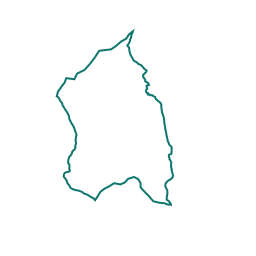 Mayo-Dallah, Mayo-Kebbi Ouest, Chad (Mercator projection), rotated 215°
{"feature_id": "50815135B58245995276010", "entity_name": "Mayo-Dallah", "entity_type": "district", "adm_level": 2, "iso_a3": "TCD", "parent_name": "Chad", "parent_adm1": "Mayo-Kebbi Ouest", "projection": "mercator", "projection_center": [14.882, 9.1], "detail": "fine", "context": "isolated", "style": "outline", "palette": "teal", "viewbox_px": 256, "rotation_deg": 215, "n_neighbors": 0, "source": "geoboundaries", "source_scale": "gbopen_adm2", "svg_char_len": 4279}
<svg xmlns="http://www.w3.org/2000/svg" viewBox="0 0 256 256"><g transform="rotate(215 128 128)"><path d="M207.2,133.4L206.0,129.1L206.2,123.2L206.2,117.5L204.5,113.0L203.3,113.3L203.2,113.3L201.7,112.8L200.7,112.4L199.9,111.8L199.7,111.7L198.8,111.3L198.4,111.1L197.6,110.9L197.3,110.8L197.1,110.8L196.7,110.7L195.8,110.2L195.7,110.2L194.9,109.2L193.3,108.6L192.5,108.2L191.4,107.7L189.1,106.7L187.3,106.1L185.7,105.3L184.1,104.6L180.7,101.4L180.3,101.2L176.5,99.3L175.4,98.8L172.2,97.3L168.2,94.3L166.9,93.3L166.2,92.8L165.8,91.7L165.7,91.3L165.3,90.7L165.0,90.2L163.9,87.8L162.7,86.7L161.6,85.3L161.4,84.4L161.3,84.1L161.2,83.7L161.1,83.2L160.1,82.1L159.7,81.6L159.6,80.6L159.5,79.6L159.7,78.8L159.8,78.2L160.0,77.6L160.0,77.0L160.0,76.3L159.6,75.7L159.4,75.1L159.4,74.6L159.2,73.6L159.3,72.3L159.5,70.3L158.9,68.5L158.5,67.5L157.6,66.1L157.1,65.1L155.4,64.5L154.2,63.4L153.1,61.5L152.5,60.7L151.6,60.2L151.3,60.0L151.1,59.4L151.4,58.6L151.5,58.0L152.8,56.9L153.2,56.3L153.9,55.4L153.9,54.9L154.0,54.5L154.0,54.0L154.0,53.9L153.8,53.2L153.6,52.7L152.8,51.5L152.2,51.0L150.7,50.7L150.0,50.5L149.5,50.3L147.3,49.3L146.8,48.7L146.2,48.1L143.5,47.4L143.0,47.3L142.3,46.8L140.8,46.0L138.5,46.2L138.2,46.2L137.5,46.4L135.0,47.2L133.9,47.7L132.8,48.3L131.1,48.7L129.0,49.3L128.7,49.3L126.6,49.1L126.2,49.1L122.9,50.1L121.3,50.1L119.6,50.1L116.5,50.6L116.1,50.7L113.6,49.9L113.6,54.1L114.0,59.9L112.5,64.6L110.0,69.4L107.7,74.8L101.9,77.4L99.5,81.2L98.7,86.5L95.0,91.3L90.4,92.0L86.2,90.1L83.5,86.6L79.1,85.5L72.4,84.3L65.2,82.5L59.3,84.8L55.2,87.2L52.1,87.9L48.8,89.7L49.8,90.6L51.0,90.9L51.0,91.0L51.4,91.1L52.7,91.5L52.8,91.5L53.7,91.5L55.2,91.5L56.6,93.6L57.1,94.8L57.5,95.4L57.8,96.2L57.9,96.6L58.4,97.3L59.0,98.1L60.2,99.6L63.3,101.1L64.5,102.2L64.9,103.2L65.4,104.1L65.4,104.3L65.4,105.0L65.1,106.8L65.1,107.1L65.0,107.7L63.7,110.4L63.6,110.7L63.5,111.3L63.2,113.3L63.8,114.8L64.1,115.1L65.2,116.2L67.0,117.4L68.1,118.9L68.7,119.1L68.8,119.1L68.9,119.4L69.1,119.8L70.5,121.0L71.2,121.9L71.4,122.2L71.6,122.5L71.7,122.8L72.6,124.4L73.1,124.9L73.3,125.0L73.8,125.1L74.4,125.5L74.9,125.8L75.1,125.9L75.5,126.1L76.2,126.3L76.5,126.9L77.0,127.2L78.1,128.1L79.0,129.2L79.0,129.5L79.0,129.8L77.9,131.2L77.8,131.3L77.8,131.5L77.8,132.0L78.6,133.3L79.4,134.6L80.5,136.4L81.0,136.9L81.3,137.3L81.9,137.6L83.0,137.7L83.6,137.8L84.9,138.2L85.5,138.7L86.3,139.2L86.5,139.4L87.1,139.7L87.7,139.9L88.0,140.1L90.4,142.5L91.1,143.1L92.0,143.8L92.2,144.1L96.2,148.1L97.0,148.5L97.6,149.4L98.3,150.2L98.8,150.7L99.5,151.5L99.9,151.8L100.0,151.8L100.8,152.5L101.0,152.8L101.7,153.8L103.2,155.4L104.5,156.9L105.9,158.0L106.7,158.7L109.4,160.5L110.4,161.8L110.9,162.5L111.6,163.0L112.2,163.5L114.2,166.4L115.1,166.8L116.0,167.3L116.4,167.2L116.6,167.2L117.5,167.3L119.3,167.4L119.8,167.5L120.6,167.7L121.7,167.7L122.8,168.4L123.6,169.0L124.5,168.9L125.4,168.6L127.3,168.7L128.0,167.9L128.3,167.8L128.6,167.7L128.8,167.6L129.7,167.8L130.0,167.5L130.1,167.4L130.5,166.9L130.9,167.3L131.3,167.8L131.5,167.5L131.5,167.4L131.9,167.3L132.5,167.6L132.8,167.7L133.8,167.9L134.0,168.1L134.7,169.6L134.8,169.9L134.9,170.2L135.0,170.2L134.8,170.9L135.0,171.4L135.4,171.6L135.8,172.0L136.1,172.3L136.6,172.7L137.3,173.3L137.5,173.4L137.4,173.4L136.5,174.1L136.0,174.4L135.9,174.7L135.7,174.9L135.5,175.2L137.4,176.4L138.6,176.4L139.9,176.1L140.9,176.3L141.6,177.3L143.8,178.2L144.1,178.2L144.4,178.2L145.8,179.7L145.9,180.0L146.1,180.3L145.9,181.0L145.7,181.7L145.4,183.7L145.3,184.5L145.5,185.4L146.0,185.9L146.4,185.9L147.4,185.7L147.6,185.7L148.2,185.7L148.5,185.8L152.2,186.8L152.7,186.9L153.8,187.0L154.7,186.7L155.1,186.6L155.4,186.5L155.7,186.5L156.5,186.5L157.1,186.5L157.8,186.7L158.3,186.9L159.0,186.8L159.3,186.7L160.8,186.5L161.6,186.5L162.0,186.5L162.4,186.7L164.8,187.9L164.9,188.0L166.5,188.8L167.4,189.2L168.8,190.0L169.6,190.7L171.1,192.0L172.7,193.9L173.3,194.5L175.7,195.0L175.9,195.4L175.9,195.6L175.8,196.3L175.8,196.9L175.9,198.2L176.2,200.2L176.9,201.3L177.0,201.9L177.2,202.5L177.4,204.2L178.2,205.2L178.7,206.7L178.8,206.9L178.8,207.1L178.8,207.9L179.5,210.0L180.9,205.1L180.7,200.1L183.2,195.0L185.0,188.0L187.0,182.7L188.1,181.7L195.9,174.7L195.6,166.1L195.9,159.5L196.5,154.2L197.0,150.4L200.9,143.4L199.9,137.2L207.2,133.4Z" fill="none" stroke="#0f766e" stroke-width="2"/></g></svg>